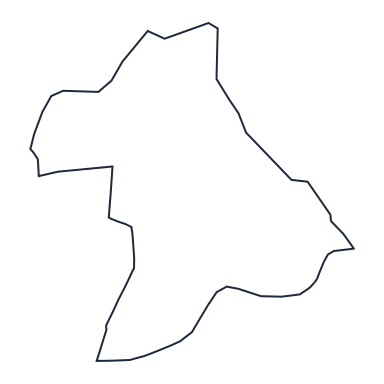 the district of Um Dukhun, Central Darfur, Sudan
{"feature_id": "16777658B96624341658613", "entity_name": "Um Dukhun", "entity_type": "district", "adm_level": 2, "iso_a3": "SDN", "parent_name": "Sudan", "parent_adm1": "Central Darfur", "projection": "albers", "projection_center": [23.084, 11.374], "detail": "fine", "context": "isolated", "style": "outline", "palette": "slate", "viewbox_px": 384, "rotation_deg": 0, "n_neighbors": 0, "source": "geoboundaries", "source_scale": "gbopen_adm2", "svg_char_len": 1299}
<svg xmlns="http://www.w3.org/2000/svg" viewBox="0 0 384 384"><path d="M30.3,148.9L33.4,152.5L37.7,159.0L37.9,159.7L38.8,176.1L48.8,173.8L57.8,171.7L112.2,166.5L112.5,166.5L110.4,197.7L110.2,198.9L108.8,217.6L111.6,219.0L119.3,222.0L125.6,224.1L131.5,227.1L131.7,229.6L132.4,233.3L133.8,252.3L134.2,259.0L134.0,268.3L132.6,270.8L128.6,279.4L124.7,287.5L118.3,299.9L112.9,311.7L106.3,325.1L106.1,327.2L106.5,329.5L106.3,330.2L96.7,361.0L97.3,361.0L97.5,361.0L98.5,360.9L106.8,360.8L114.7,360.6L117.1,360.5L129.7,360.0L144.0,356.1L149.9,353.9L159.4,350.2L161.8,349.2L168.7,346.4L180.1,341.3L184.7,337.7L191.8,332.3L196.5,324.4L200.6,317.5L203.3,313.0L204.7,310.7L207.9,305.3L208.9,303.7L210.4,301.6L213.6,296.7L216.6,292.2L226.7,286.6L238.3,288.8L261.0,296.2L269.3,296.4L281.5,296.7L299.8,294.4L309.0,288.2L310.1,287.3L311.8,285.5L314.6,282.3L316.4,279.9L317.1,278.7L319.7,271.9L322.2,265.8L323.8,262.0L324.6,260.5L327.9,254.5L333.9,251.0L349.4,249.2L353.7,248.6L353.4,248.0L348.1,240.5L343.5,234.1L331.0,221.1L330.4,214.7L307.6,181.7L291.5,179.9L270.3,157.8L246.1,132.6L238.4,113.1L229.8,100.5L216.5,79.0L217.7,28.5L208.5,23.0L164.6,38.7L147.7,31.0L122.6,61.4L111.5,80.6L98.4,91.9L63.1,90.8L51.3,96.0L42.4,111.9L34.2,133.9L31.2,145.8L30.3,148.9Z" fill="none" stroke="#1e293b" stroke-width="2"/></svg>